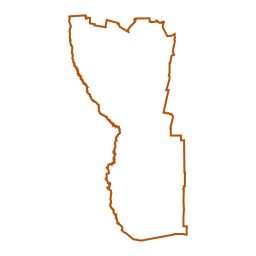 outline of La Capital, San Luis, Argentina
{"feature_id": "61730980B37295099370503", "entity_name": "La Capital", "entity_type": "district", "adm_level": 2, "iso_a3": "ARG", "parent_name": "Argentina", "parent_adm1": "San Luis", "projection": "equal_earth", "projection_center": [-66.75, -33.952], "detail": "fine", "context": "isolated", "style": "outline", "palette": "amber", "viewbox_px": 256, "rotation_deg": 0, "n_neighbors": 0, "source": "geoboundaries", "source_scale": "gbopen_adm2", "svg_char_len": 5683}
<svg xmlns="http://www.w3.org/2000/svg" viewBox="0 0 256 256"><path d="M107.1,173.3L106.6,173.9L106.4,174.3L106.5,175.2L106.7,175.8L106.6,176.9L106.8,177.8L106.6,178.2L106.1,178.2L105.6,178.9L105.6,179.1L106.3,179.6L106.8,180.3L107.3,180.4L108.0,183.3L108.4,183.4L109.6,182.9L110.1,183.2L110.3,183.8L110.1,184.8L109.6,185.1L109.2,185.1L109.5,186.7L109.0,187.6L108.6,187.7L108.1,187.3L107.3,187.4L107.2,187.6L108.0,188.9L109.4,189.3L110.1,190.4L110.9,190.6L111.2,191.9L111.1,192.7L111.4,193.3L111.4,193.9L111.0,194.4L110.8,195.2L110.8,197.2L110.3,198.6L110.3,199.1L110.7,199.5L110.7,200.1L111.0,200.6L110.9,202.0L111.2,203.1L111.0,203.4L110.3,203.8L110.2,204.2L110.5,204.9L110.1,205.6L110.9,206.5L111.0,207.2L110.9,207.5L111.1,207.6L111.4,208.1L111.8,208.1L112.4,208.9L112.9,209.1L113.0,209.7L113.5,209.8L113.7,210.2L113.8,211.3L113.3,212.0L113.9,213.1L114.4,213.7L116.2,214.4L116.2,214.9L115.3,215.5L115.5,215.9L116.3,216.4L115.9,217.2L116.1,217.2L116.3,217.7L116.3,218.7L116.8,218.8L117.0,220.4L117.3,221.3L117.5,222.3L117.2,223.0L117.4,223.4L117.8,223.7L118.6,223.4L118.6,224.0L119.4,224.2L120.9,225.9L122.0,226.6L122.4,227.6L122.4,228.5L122.2,229.0L122.3,229.6L121.6,230.2L123.3,231.8L126.0,233.1L133.1,239.2L141.1,240.6L172.6,234.8L174.7,234.0L183.8,234.1L186.6,234.8L186.8,226.3L183.4,226.3L183.5,215.5L184.0,209.6L183.6,204.6L183.5,199.4L183.8,189.3L183.2,188.9L183.8,188.3L183.8,186.3L184.9,186.3L184.9,179.2L185.0,172.4L184.4,172.4L184.1,140.3L181.0,140.3L180.9,135.5L170.8,135.5L170.8,128.2L170.3,128.2L173.1,116.6L172.4,115.4L171.1,113.9L170.6,114.4L170.1,114.4L168.5,113.1L167.0,113.4L165.9,112.6L163.6,113.0L163.3,113.5L168.6,90.0L166.3,90.1L168.4,83.2L169.6,78.4L169.5,75.9L168.8,75.7L169.5,73.0L169.6,63.0L170.1,63.0L171.6,55.7L174.1,54.8L172.8,52.4L173.1,51.1L173.2,49.0L174.9,41.1L174.3,39.8L174.9,38.6L174.6,33.9L171.5,35.8L167.3,36.2L162.7,27.0L163.0,24.4L163.9,22.6L163.9,21.9L163.2,21.9L162.9,22.1L162.1,21.9L161.8,22.3L161.8,22.6L161.2,22.9L160.3,22.7L159.9,22.9L158.4,22.1L157.9,21.7L157.7,21.2L156.8,20.7L156.9,21.7L155.4,21.5L153.5,22.1L151.4,21.7L151.3,22.1L149.7,21.8L149.5,18.3L136.0,18.5L135.7,18.6L135.6,19.8L134.6,19.2L134.5,19.8L134.5,21.1L134.4,21.5L134.9,22.1L130.3,26.4L129.9,27.3L128.2,29.1L128.0,29.7L128.4,31.9L119.7,26.8L118.9,24.1L118.2,24.2L118.4,23.1L106.8,20.0L105.7,25.7L105.8,27.2L94.5,25.4L94.7,24.2L89.9,23.4L90.0,18.0L86.6,17.5L86.6,18.7L85.9,18.7L85.9,16.2L85.3,16.1L85.4,15.4L69.4,16.4L69.4,16.7L69.2,17.3L69.6,18.0L69.7,19.0L69.2,20.3L69.3,22.0L69.7,22.6L70.3,24.6L70.5,24.8L70.4,25.7L70.8,26.0L70.9,26.8L70.0,28.3L70.1,29.5L69.9,29.7L69.9,30.4L69.6,30.5L69.5,31.0L69.5,31.8L69.9,32.4L69.8,34.0L70.0,35.9L69.7,37.4L69.7,37.9L70.0,38.0L70.2,38.5L70.2,39.4L70.6,39.9L70.5,40.8L70.0,40.8L70.7,44.3L70.8,44.6L71.2,44.7L71.4,45.1L71.3,45.7L71.8,45.9L71.7,46.5L72.4,47.5L72.1,49.1L72.1,52.0L71.9,52.3L72.0,53.4L72.7,54.4L72.5,55.1L72.8,55.4L72.7,56.5L72.7,57.0L72.3,57.8L72.6,58.3L72.4,58.6L73.4,60.6L73.4,61.4L73.1,62.2L74.5,63.4L74.3,64.7L74.6,64.9L74.5,65.2L74.1,65.4L74.3,65.8L74.5,66.2L74.9,66.1L75.1,66.5L75.5,66.6L75.9,67.6L76.3,67.6L76.0,68.0L76.1,68.4L76.4,68.7L76.8,68.8L76.9,69.2L77.3,69.3L77.0,69.8L77.7,70.2L77.6,70.5L78.0,70.5L78.1,71.7L77.7,72.0L77.7,72.3L78.0,72.5L77.8,72.9L78.1,72.9L78.5,73.7L78.4,73.9L78.1,73.8L78.0,74.1L78.2,75.0L78.7,75.4L79.1,75.0L79.1,75.4L79.4,75.6L80.0,75.6L80.0,76.0L80.5,75.9L80.6,76.3L81.0,76.6L80.9,77.1L81.2,77.4L81.3,78.0L80.8,77.6L80.5,78.3L80.9,78.7L80.9,79.3L81.7,79.5L81.6,79.9L82.0,80.6L82.3,80.2L82.0,79.9L82.7,80.3L82.6,80.9L83.0,81.5L83.4,82.4L83.7,82.5L83.4,83.0L84.0,83.2L83.7,83.5L83.8,83.8L84.5,84.2L84.8,83.7L85.1,84.1L85.4,84.1L85.7,84.4L85.7,85.2L86.2,85.1L86.6,85.4L86.9,86.8L87.6,87.2L86.8,87.8L86.8,88.4L87.0,88.7L86.9,89.6L87.2,89.7L87.5,90.1L87.3,91.0L86.9,91.6L87.6,91.9L87.6,92.6L88.8,94.2L89.2,94.4L89.6,94.2L89.9,94.4L90.0,96.2L90.5,96.3L91.0,97.1L91.1,98.2L91.5,98.9L92.3,100.0L92.8,100.0L93.1,100.8L93.7,100.8L94.1,101.6L94.6,101.5L94.9,101.8L95.4,101.9L97.8,104.4L98.6,104.6L98.8,104.9L98.6,105.8L98.7,106.6L99.0,107.1L98.7,107.8L99.0,108.3L98.7,109.2L99.0,110.1L99.0,111.3L99.4,111.6L99.6,112.8L100.0,113.2L100.1,113.4L100.4,113.4L100.5,113.7L101.2,113.8L101.6,114.5L103.0,114.9L103.1,115.2L103.4,115.2L103.6,115.6L104.8,115.9L105.8,116.9L106.2,116.5L106.8,116.8L107.5,119.2L108.0,119.3L108.3,120.1L108.8,120.3L109.3,119.9L109.5,119.9L109.5,120.5L110.2,121.1L109.8,121.5L109.9,121.9L111.0,122.3L111.7,123.6L112.1,123.6L112.8,123.1L113.2,123.4L113.1,124.4L113.4,124.0L114.1,124.6L113.9,125.0L113.6,125.1L114.2,125.5L114.3,126.2L114.8,126.1L115.3,126.4L115.6,126.4L115.7,125.9L116.1,125.8L116.4,126.1L116.3,126.6L116.8,126.2L117.1,126.6L117.6,126.5L117.9,126.7L118.2,127.4L118.9,127.0L119.0,127.5L118.5,127.8L118.6,128.1L119.8,129.1L119.8,129.5L119.4,130.0L119.3,130.8L120.1,132.8L119.4,133.3L119.3,133.7L119.0,134.1L118.3,134.3L118.3,134.6L117.8,134.9L117.4,136.0L117.1,135.9L116.7,136.5L116.7,137.0L115.8,137.7L116.0,138.5L116.4,139.0L116.1,139.7L116.6,140.4L116.6,140.6L115.5,141.3L115.0,142.0L115.3,143.1L114.8,143.8L115.4,145.0L115.5,145.9L115.1,146.7L115.3,147.6L114.8,148.4L114.8,148.9L114.2,149.4L114.1,150.3L114.5,150.7L114.4,151.6L113.7,152.2L113.3,152.2L113.4,152.6L114.1,153.6L115.1,153.4L115.4,153.7L115.4,154.2L114.5,154.6L114.8,155.3L114.7,156.2L114.2,156.8L113.5,158.0L114.7,159.0L114.4,159.8L113.8,160.0L114.1,160.4L113.6,161.4L114.5,161.5L114.6,162.0L114.0,162.3L114.4,162.7L114.1,163.2L112.1,163.1L111.8,163.3L111.7,163.7L112.1,164.3L112.0,164.9L111.5,164.9L110.3,164.0L108.3,164.6L108.3,165.9L108.0,167.2L107.4,167.5L106.9,167.4L106.6,167.8L108.2,169.3L109.1,172.9L108.5,173.6L107.1,173.3Z" fill="none" stroke="#b45309" stroke-width="2"/></svg>